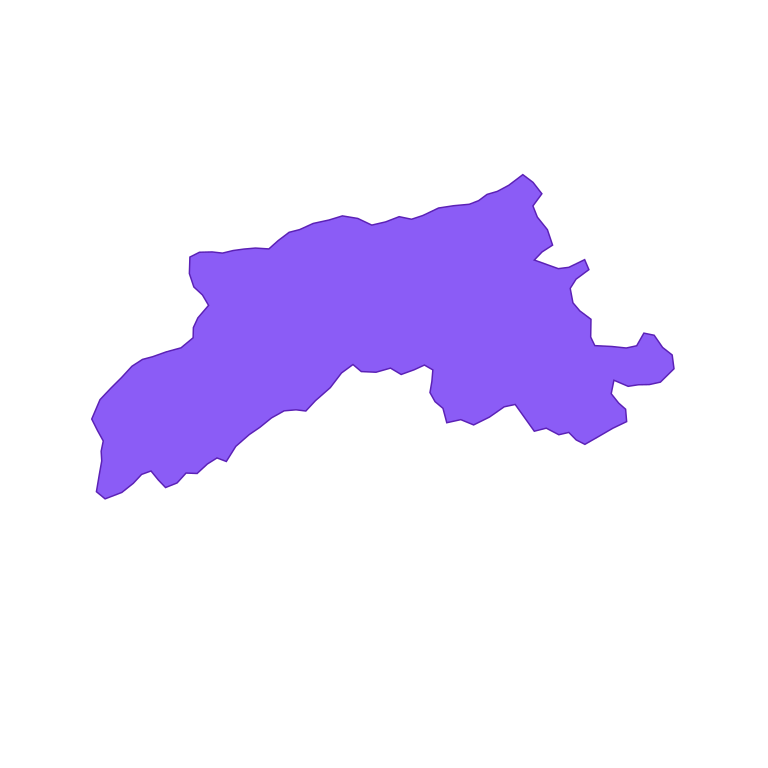 outline of Bom Jesus do Norte, Espírito Santo, Brazil, rotated 214°
{"feature_id": "56859067B21905331277636", "entity_name": "Bom Jesus do Norte", "entity_type": "district", "adm_level": 2, "iso_a3": "BRA", "parent_name": "Brazil", "parent_adm1": "Espírito Santo", "projection": "natural_earth1", "projection_center": [-41.639, -21.075], "detail": "fine", "context": "isolated", "style": "filled", "palette": "violet", "viewbox_px": 768, "rotation_deg": 214, "n_neighbors": 0, "source": "geoboundaries", "source_scale": "gbopen_adm2", "svg_char_len": 1815}
<svg xmlns="http://www.w3.org/2000/svg" viewBox="0 0 768 768"><g transform="rotate(214 384 384)"><path d="M551.0,132.8L540.7,147.5L536.3,161.5L534.4,173.5L528.5,181.6L517.3,178.2L507.2,176.0L500.2,186.3L498.3,199.5L488.9,205.3L485.7,218.9L481.1,229.3L471.4,231.6L472.0,249.4L467.4,266.8L462.7,278.6L458.3,293.0L451.8,305.9L442.5,313.4L433.7,317.9L431.5,331.9L426.5,350.9L425.4,369.4L420.6,382.8L409.8,381.6L397.2,389.3L387.5,400.8L375.1,401.5L367.0,412.6L361.1,422.3L351.4,423.0L345.8,413.0L341.1,402.6L331.8,397.9L321.5,396.8L310.3,387.0L300.4,397.4L286.8,400.2L278.1,415.5L271.6,432.3L263.8,440.4L233.0,428.9L224.8,438.1L210.7,439.7L203.7,447.2L193.4,445.1L183.7,446.3L176.9,460.1L169.6,475.2L161.8,488.5L169.6,498.2L178.8,499.4L190.2,503.0L195.5,515.7L180.3,518.6L172.7,525.6L163.7,531.9L155.9,540.1L152.1,558.8L161.3,569.2L173.5,570.1L187.3,575.5L197.0,571.5L195.9,557.0L203.3,549.3L216.1,542.5L230.7,533.7L238.9,538.5L248.6,553.4L262.5,554.1L272.8,557.0L283.1,567.4L283.4,578.3L278.1,593.4L287.2,599.3L296.0,584.1L304.0,577.1L314.6,574.4L328.7,570.8L326.8,581.9L321.9,593.4L334.8,603.3L350.2,608.1L360.1,614.9L359.5,630.0L373.2,634.5L386.0,635.2L391.7,618.5L397.8,607.0L404.6,598.8L408.1,588.9L413.8,580.7L425.9,570.8L437.2,560.4L446.1,545.3L453.3,536.0L465.0,531.2L473.3,519.3L483.0,508.9L498.3,506.6L512.5,500.1L521.3,489.2L532.5,477.5L540.3,464.8L547.5,456.7L551.9,443.8L555.0,431.6L566.6,424.8L575.5,417.6L583.7,410.3L591.1,402.2L600.3,397.4L610.7,390.0L615.9,380.7L607.1,366.7L595.9,358.1L584.3,356.3L573.4,351.1L575.3,334.8L573.6,324.2L568.1,315.6L572.5,300.5L582.4,289.0L591.1,277.2L598.0,269.3L602.9,257.8L605.2,242.6L608.1,227.9L610.7,212.3L606.7,191.5L595.5,185.2L584.9,179.8L580.9,170.1L575.0,162.4L569.6,150.2L562.2,133.9L551.0,132.8Z" fill="#8b5cf6" stroke="#5b21b6" stroke-width="1.5"/></g></svg>